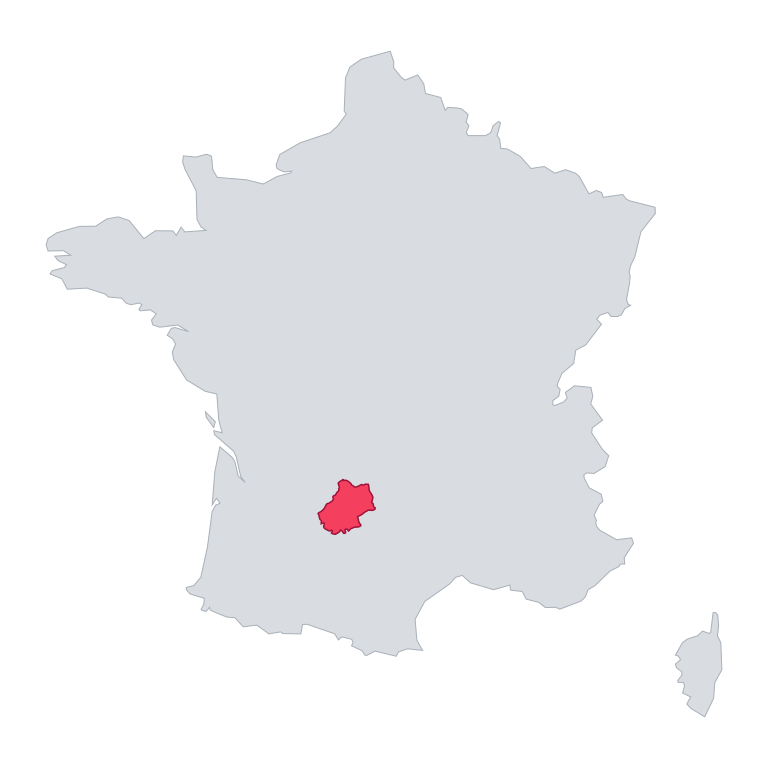 Lot highlighted on a map of France
{"feature_id": "FRA-5318", "entity_name": "Lot", "entity_type": "Metropolitan department", "adm_level": 1, "iso_a3": "FRA", "parent_name": "France", "parent_adm1": "", "projection": "mercator", "projection_center": [1.542, 44.633], "detail": "fine", "context": "in_parent", "style": "filled", "palette": "rose", "viewbox_px": 768, "rotation_deg": 0, "n_neighbors": 0, "source": "natural_earth", "source_scale": "10m", "svg_char_len": 5963}
<svg xmlns="http://www.w3.org/2000/svg" viewBox="0 0 768 768"><path d="M630.6,305.3L624.9,308.5L621.3,314.9L617.7,316.5L611.1,316.5L607.9,312.5L600.0,315.1L596.8,319.2L601.5,324.2L585.8,344.8L575.8,350.2L573.6,363.5L561.9,373.4L557.5,383.9L557.1,386.0L560.1,389.4L558.8,396.2L552.8,400.6L552.9,404.9L554.6,405.5L563.7,402.0L567.2,398.0L565.3,392.5L574.5,385.8L590.9,387.4L592.8,396.4L590.7,404.0L602.5,420.2L592.3,427.8L591.6,432.8L602.1,449.0L608.7,455.7L605.2,466.5L594.0,473.5L587.0,472.9L583.9,474.7L584.2,478.0L589.1,487.8L601.1,494.1L602.9,501.4L599.6,504.1L594.1,515.1L596.5,520.6L595.6,522.9L596.8,526.7L599.9,530.3L616.5,539.7L631.6,537.9L633.5,543.3L624.2,557.6L624.8,564.0L620.1,564.1L619.3,566.3L610.0,571.1L595.1,585.5L588.1,589.7L585.3,596.9L581.2,601.0L559.7,609.2L555.7,607.3L545.3,607.5L538.8,602.4L526.2,599.1L522.2,591.5L510.5,590.1L509.9,585.1L493.5,589.7L470.4,582.8L462.3,575.4L455.6,577.3L449.7,583.9L424.8,601.4L415.1,619.3L416.9,640.2L422.6,650.4L407.5,648.8L398.5,651.9L396.2,656.2L374.9,651.1L366.9,655.4L364.8,655.1L362.0,650.7L351.5,645.8L353.1,642.4L351.7,639.3L341.8,636.9L338.4,639.9L334.7,633.8L307.1,624.3L302.6,624.5L300.8,633.9L283.0,633.6L280.5,631.9L269.0,633.9L256.8,625.1L243.3,626.8L234.9,617.7L226.9,617.1L215.5,612.5L210.3,610.0L209.6,607.3L206.2,611.4L202.0,610.5L201.1,609.3L203.8,604.2L204.3,598.3L190.1,594.0L186.3,589.7L186.2,587.5L193.9,585.5L200.8,577.3L207.4,547.4L212.1,511.8L215.7,505.1L220.1,503.2L216.5,498.3L212.2,504.8L214.8,471.8L219.9,446.8L231.9,457.1L234.8,461.5L238.3,476.3L245.1,482.5L240.7,476.5L236.3,456.8L233.6,451.2L214.5,434.6L213.8,430.7L222.2,432.8L218.8,420.3L216.8,394.0L205.2,391.3L186.6,380.0L173.7,359.7L172.3,352.1L175.6,344.0L172.7,338.9L167.2,335.3L171.4,328.3L175.2,327.6L188.7,331.6L177.7,325.0L159.9,327.2L152.8,324.9L151.5,320.1L156.3,313.8L150.4,309.9L140.1,310.8L138.9,309.2L141.9,304.7L139.3,303.0L131.0,304.7L126.3,303.3L121.8,298.2L108.3,297.0L105.3,294.1L86.8,288.1L67.3,289.2L61.9,278.9L50.0,273.9L52.4,270.6L64.2,267.6L66.5,264.7L57.9,260.5L54.8,256.2L70.7,255.2L63.5,250.7L48.1,251.0L46.1,244.8L48.1,238.4L57.0,232.7L79.3,226.4L95.6,226.2L107.0,218.9L118.4,216.9L129.1,220.5L143.8,238.6L155.5,230.7L172.8,230.9L176.3,235.4L181.0,227.2L184.8,231.9L206.0,230.4L201.1,227.1L197.0,219.4L196.2,190.8L185.3,170.0L182.7,162.3L183.3,155.9L196.0,157.1L206.5,154.2L211.5,156.1L212.8,169.6L217.2,177.4L246.4,179.8L263.2,184.0L277.4,176.4L290.6,173.0L291.7,171.2L284.1,171.9L277.1,168.7L276.1,165.1L279.8,154.5L300.1,142.8L329.8,132.9L337.4,126.2L346.2,114.2L344.2,111.1L345.5,78.0L349.9,67.1L361.3,59.2L390.2,51.2L393.8,61.8L393.6,67.8L401.2,77.2L405.0,80.1L417.7,75.0L423.7,83.7L425.5,93.5L440.7,97.5L445.2,110.2L447.9,107.4L457.5,108.0L461.9,109.0L468.1,114.6L466.2,122.1L468.9,125.8L466.3,132.7L468.1,135.6L485.6,135.6L490.8,132.5L493.2,125.6L498.5,121.5L500.5,122.7L497.1,135.7L499.6,139.0L500.8,148.3L507.4,149.0L520.2,156.3L531.0,168.5L544.3,166.5L554.8,173.2L565.7,169.7L575.9,173.4L579.5,176.9L589.0,193.9L596.3,190.5L601.6,192.5L603.2,197.3L622.8,194.5L626.3,199.2L630.3,201.0L655.1,207.3L655.3,213.6L641.0,231.5L634.8,256.9L630.6,265.6L629.1,272.2L630.2,276.5L629.5,283.4L626.5,299.6L628.2,304.4L630.6,305.3ZM718.6,626.4L717.4,635.8L720.8,642.6L721.9,669.7L714.8,682.6L713.6,698.3L704.7,716.8L691.0,708.5L686.8,704.0L690.6,696.9L682.6,693.0L684.5,686.1L683.7,682.7L678.1,682.3L677.7,680.5L681.9,675.2L681.8,671.8L676.5,667.7L675.4,664.0L680.6,659.8L678.3,656.0L675.4,655.1L682.4,642.8L687.2,639.1L698.0,635.6L702.4,631.1L709.5,633.5L710.7,632.3L713.1,612.7L715.5,612.5L717.8,615.1L718.6,626.4ZM215.3,421.7L213.7,427.6L206.3,417.4L205.4,411.8L215.3,421.7Z" fill="#d9dde1" stroke="#a8b0b8" stroke-width="1"/><path d="M375.1,507.7L375.0,509.2L373.9,509.9L372.1,510.4L368.4,510.1L367.5,510.6L366.7,511.2L364.8,512.1L362.0,514.4L360.2,515.4L357.6,516.6L358.8,521.7L359.5,523.2L360.8,524.9L360.8,525.7L359.8,526.4L358.1,527.0L354.4,527.2L350.5,528.9L349.0,530.7L348.5,531.0L348.1,530.7L347.5,529.5L347.3,529.2L346.1,529.1L345.2,529.4L345.0,530.3L345.6,531.8L345.6,532.7L344.9,533.3L343.9,533.4L343.1,532.6L342.5,531.6L342.0,530.9L341.4,530.5L340.5,530.1L339.8,531.4L338.8,532.4L335.4,534.3L334.2,534.2L331.8,533.4L331.4,533.0L331.7,532.3L332.2,531.6L332.3,531.1L331.6,530.2L330.9,530.3L330.0,531.0L328.4,530.6L325.1,528.8L324.2,528.0L323.7,527.0L323.6,526.0L324.2,524.4L324.3,523.5L323.8,522.9L322.9,523.0L321.2,523.8L321.2,522.2L321.4,521.6L321.4,520.9L321.1,520.4L320.3,519.7L319.9,519.3L319.8,518.9L319.6,518.1L319.5,517.7L319.3,517.5L319.2,517.2L319.1,516.7L319.2,515.8L319.1,515.4L318.9,515.1L318.6,514.7L318.3,514.3L318.2,514.0L318.1,513.6L318.3,513.2L318.8,512.7L321.1,511.5L321.8,510.9L322.6,510.2L323.8,508.9L324.4,508.2L326.4,504.3L327.1,503.7L327.6,503.5L328.5,503.4L328.9,503.3L329.3,503.0L330.0,502.4L330.4,502.1L331.2,501.7L331.8,501.4L332.3,500.8L333.0,499.8L333.4,499.1L333.4,498.4L333.2,498.0L332.9,497.7L332.8,497.2L333.0,496.6L333.6,495.8L334.0,495.5L334.5,495.4L334.9,495.4L335.3,495.2L335.7,494.6L336.3,493.4L336.7,492.8L337.0,492.3L338.3,491.2L338.6,490.8L338.8,490.3L338.8,489.9L338.7,489.3L338.7,488.8L339.0,488.4L339.2,487.8L339.3,487.0L338.2,483.6L338.5,482.6L339.8,481.6L340.6,481.2L341.2,480.6L341.9,480.4L342.1,480.3L342.5,479.8L342.8,479.6L343.2,479.6L343.5,479.8L343.6,480.2L343.7,480.5L344.0,480.7L345.0,480.3L345.6,480.2L347.0,480.6L347.7,481.0L349.3,482.1L350.9,483.6L351.2,484.0L351.3,484.4L351.5,484.8L351.9,485.2L352.8,485.6L353.3,486.0L353.8,486.4L354.0,486.7L354.4,486.9L354.9,487.0L355.9,487.0L358.4,486.2L361.0,484.7L361.5,484.5L361.9,484.6L362.3,484.8L362.6,485.1L362.8,485.2L363.2,485.2L364.4,484.5L364.7,484.4L365.6,484.2L368.2,484.2L368.7,485.5L369.1,489.4L369.4,490.6L369.8,491.5L371.8,494.7L372.5,496.2L372.8,497.0L372.9,497.6L372.1,501.2L371.7,502.1L371.6,502.6L371.9,502.9L372.6,503.2L373.0,503.6L373.2,504.0L373.5,505.8L373.7,506.5L374.0,507.1L374.6,507.6L375.1,507.7Z" fill="#f43f5e" stroke="#9f1239" stroke-width="1.5"/></svg>